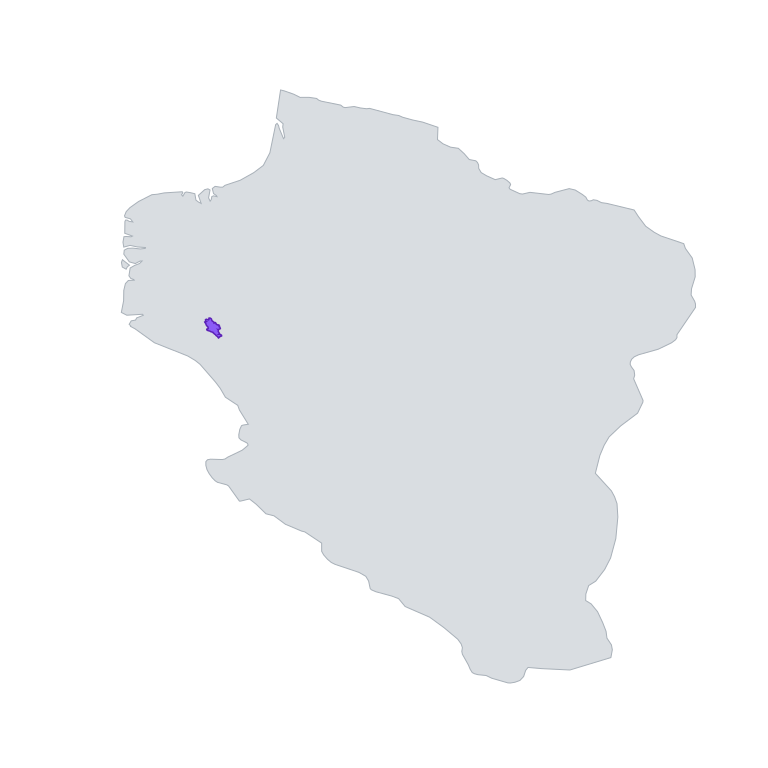 Ikwo, Ebonyi, Nigeria (highlighted), rotated 102°
{"feature_id": "59680162B29308605862653", "entity_name": "Ikwo", "entity_type": "district", "adm_level": 2, "iso_a3": "NGA", "parent_name": "Nigeria", "parent_adm1": "Ebonyi", "projection": "equal_earth", "projection_center": [8.17, 6.1], "detail": "fine", "context": "in_parent", "style": "filled", "palette": "violet", "viewbox_px": 768, "rotation_deg": 102, "n_neighbors": 0, "source": "geoboundaries", "source_scale": "gbopen_adm2", "svg_char_len": 5979}
<svg xmlns="http://www.w3.org/2000/svg" viewBox="0 0 768 768"><g transform="rotate(102 384 384)"><path d="M604.4,105.2L625.1,142.7L629.6,170.5L631.3,184.2L634.7,185.9L641.1,186.6L645.7,189.4L648.5,193.9L650.2,198.2L650.6,200.7L649.4,217.4L647.9,223.5L648.8,231.7L648.6,235.3L647.9,237.7L645.1,240.4L641.2,243.1L632.1,251.1L629.4,252.3L625.6,252.5L622.2,254.5L618.3,258.8L609.8,274.8L602.6,290.9L597.3,317.0L590.9,325.1L589.8,332.4L588.9,348.7L587.9,353.6L586.9,355.0L579.9,358.1L575.9,361.8L573.5,369.2L570.6,394.3L569.5,398.5L567.2,402.8L563.7,407.5L560.6,410.2L552.6,411.9L545.1,430.8L545.0,434.1L541.7,451.3L535.8,464.2L535.5,472.5L528.2,484.0L524.4,491.7L528.3,499.8L528.6,501.1L516.0,514.9L515.3,516.9L514.8,526.4L513.8,529.0L511.5,532.5L508.1,536.3L504.6,539.3L500.7,541.3L497.0,542.1L494.8,540.9L493.6,538.0L491.5,526.4L490.4,523.9L488.0,521.6L478.2,508.9L472.3,504.3L471.1,504.7L470.1,505.9L468.4,512.4L466.8,514.7L463.7,515.5L458.3,515.6L454.4,514.7L453.5,513.4L451.6,508.4L439.5,520.0L435.3,522.6L429.9,536.4L422.3,543.3L417.1,549.3L403.0,568.0L400.2,573.6L397.4,581.8L391.4,617.1L381.7,639.2L380.4,643.9L379.9,643.7L378.6,645.7L374.8,644.4L373.1,640.3L370.8,639.7L366.8,633.7L366.0,634.7L370.2,649.9L368.6,655.8L356.7,656.0L346.5,658.0L339.5,657.8L335.9,655.6L334.4,649.9L333.8,650.5L333.4,653.6L331.2,656.0L323.3,656.4L319.8,652.5L317.0,648.2L314.0,646.2L314.4,648.1L317.9,652.3L317.5,658.5L311.1,665.5L307.1,665.9L304.6,662.9L303.3,657.9L302.6,650.5L301.0,645.7L300.1,645.7L301.2,653.7L301.2,661.2L304.2,667.0L299.6,668.8L294.0,669.0L293.3,666.8L292.6,662.0L291.6,660.8L290.5,668.9L279.0,671.2L277.4,670.9L277.1,669.3L277.9,667.1L277.7,663.4L275.2,666.3L274.8,671.9L273.4,672.8L269.0,672.0L264.2,669.1L256.5,662.0L247.1,650.4L245.5,645.2L242.8,638.8L237.9,621.3L238.8,620.5L241.0,621.4L242.1,619.8L238.1,618.5L237.3,617.3L237.1,613.4L237.2,608.6L243.2,606.2L244.6,603.3L245.4,600.4L238.1,604.8L231.2,599.8L229.7,596.8L230.4,594.5L238.4,594.3L241.3,592.1L239.5,591.3L236.5,591.4L235.4,589.9L235.5,586.3L234.5,587.1L233.2,590.3L228.5,592.6L225.8,590.3L225.5,585.0L225.0,582.7L222.7,580.8L214.6,567.0L204.4,555.4L195.3,547.5L181.6,543.7L152.9,543.9L151.3,542.8L153.1,540.9L155.6,539.7L164.9,533.3L163.3,532.4L153.7,536.5L150.4,536.8L146.2,544.6L117.9,546.3L118.0,542.7L119.3,532.6L121.1,525.6L119.2,517.0L118.7,509.3L119.9,507.0L120.4,504.0L120.2,484.3L121.7,481.4L121.7,479.4L118.8,470.9L118.9,464.5L118.4,458.3L117.4,455.4L118.7,431.3L118.3,425.4L119.2,421.1L119.8,410.8L119.8,400.6L121.7,384.6L133.8,382.5L136.8,376.2L138.5,368.2L138.0,360.3L142.0,353.5L146.7,347.3L146.6,340.6L147.9,338.6L150.1,337.0L153.4,336.2L157.0,332.9L159.0,327.0L161.0,317.7L157.9,311.2L158.0,309.7L159.2,306.2L161.1,302.7L162.6,301.6L166.1,302.5L167.3,301.1L169.6,290.8L169.4,288.0L166.2,281.1L164.4,262.4L163.5,260.0L161.0,256.6L154.4,243.5L154.5,237.3L157.4,229.3L159.3,225.4L161.8,223.3L162.4,221.5L161.6,219.2L160.3,217.6L160.1,214.0L161.4,209.0L161.0,203.5L161.8,175.5L167.3,170.0L175.3,160.8L179.4,151.3L181.6,144.0L184.4,120.0L188.7,117.4L196.7,108.7L207.5,103.5L214.5,101.9L226.9,103.0L233.1,102.1L238.5,97.3L240.9,96.0L244.3,95.2L274.9,107.7L277.7,107.1L280.1,108.0L283.9,111.3L292.9,122.9L302.4,140.9L305.3,144.8L308.3,146.9L311.3,147.6L313.6,147.3L315.8,145.6L318.8,142.2L323.3,140.6L327.0,140.9L346.2,127.2L348.0,127.0L359.8,129.9L375.8,143.8L388.9,152.8L398.1,155.9L409.0,158.0L427.4,158.7L441.3,139.3L446.4,135.0L452.6,131.2L465.5,127.6L487.0,125.1L507.1,126.2L519.6,129.6L532.8,135.9L538.6,141.9L547.5,142.9L553.9,141.7L556.0,135.7L562.3,127.8L571.9,120.5L579.7,115.4L586.2,113.1L591.9,107.3L596.5,105.4L604.4,105.2ZM324.0,664.3L319.7,666.1L316.8,665.7L320.7,657.7L322.7,659.4L325.3,660.1L324.0,664.3Z" fill="#d9dde1" stroke="#a8b0b8" stroke-width="1"/><path d="M361.1,557.5L360.9,557.9L360.8,558.1L360.7,558.2L360.7,558.3L360.7,558.6L360.8,558.7L360.7,558.8L360.6,558.7L360.6,558.8L360.6,559.0L360.6,559.3L360.7,559.7L360.6,559.9L360.5,560.2L360.5,560.3L360.4,560.3L360.2,560.4L360.1,560.5L359.9,560.8L359.7,560.9L359.7,561.0L359.3,561.3L359.0,561.6L359.1,561.8L359.3,562.1L359.4,562.3L359.5,562.4L359.6,562.6L359.7,562.8L359.0,562.8L358.9,563.6L358.3,564.3L358.3,564.9L358.0,565.2L357.9,565.2L357.7,565.4L357.5,565.7L357.1,565.9L356.9,566.0L356.7,566.1L356.3,566.3L356.2,566.5L356.0,566.8L355.8,567.2L355.7,567.4L355.8,567.6L355.8,567.9L355.8,568.0L355.7,568.1L355.7,568.3L355.8,568.4L355.9,568.6L356.1,569.0L356.4,568.8L356.5,568.7L356.8,568.7L357.1,568.7L357.3,568.7L357.5,568.8L357.7,569.0L357.8,569.2L357.8,569.4L357.7,569.8L357.7,570.2L357.6,570.6L357.6,571.3L357.7,571.5L358.4,572.0L358.8,571.8L359.4,571.4L360.0,571.0L360.0,570.9L360.2,571.1L360.3,571.3L360.3,571.6L360.4,571.9L360.5,572.2L360.6,572.3L361.0,572.0L361.5,571.4L362.3,570.6L363.0,570.4L363.2,570.2L363.5,569.8L364.2,569.1L364.4,568.7L364.6,568.3L365.1,567.8L365.5,567.7L365.6,567.8L365.8,567.8L366.2,567.7L366.4,567.5L366.6,567.6L366.8,567.8L366.9,568.3L367.1,568.7L367.3,568.8L367.8,568.6L368.1,568.3L368.3,567.8L368.3,567.6L368.4,566.8L368.4,565.8L368.5,565.2L368.8,564.5L368.9,563.9L368.9,563.4L368.9,563.1L369.0,562.7L369.0,562.4L369.0,562.0L369.2,561.9L369.4,561.8L369.6,561.6L369.7,561.3L369.7,561.1L369.9,560.8L370.3,560.4L370.7,559.3L370.9,559.0L371.4,558.5L371.6,558.2L371.7,557.9L371.8,557.8L372.1,556.7L372.5,556.4L372.7,556.2L372.9,556.1L373.1,555.8L373.4,555.5L372.9,555.0L372.2,554.7L371.9,554.3L371.7,554.1L371.5,553.9L371.3,553.7L371.2,553.4L371.0,553.2L370.9,553.0L370.7,552.8L370.0,553.1L369.5,554.6L369.7,555.9L369.5,555.7L369.2,555.5L369.0,555.4L368.9,555.5L368.6,555.6L368.3,555.9L368.0,556.2L367.6,556.5L367.2,557.0L366.4,557.2L366.0,557.1L365.5,557.3L365.3,557.6L365.3,557.4L365.2,557.3L365.1,557.2L364.9,556.9L364.7,556.7L364.5,556.4L364.4,556.2L364.2,556.0L364.1,555.8L364.0,555.7L363.9,555.6L363.6,555.8L363.2,555.9L362.6,556.4L362.1,556.8L362.1,557.0L361.9,556.9L361.8,557.0L361.7,557.0L361.2,557.6L361.1,557.5Z" fill="#8b5cf6" stroke="#5b21b6" stroke-width="1.5"/></g></svg>